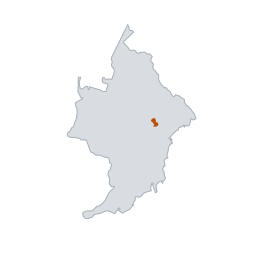 Neiva, Huila, Colombia (highlighted), rotated 197°
{"feature_id": "7082276B10918286355", "entity_name": "Neiva", "entity_type": "district", "adm_level": 2, "iso_a3": "COL", "parent_name": "Colombia", "parent_adm1": "Huila", "projection": "natural_earth1", "projection_center": [-75.303, 3.004], "detail": "fine", "context": "in_parent", "style": "filled", "palette": "amber", "viewbox_px": 256, "rotation_deg": 197, "n_neighbors": 0, "source": "geoboundaries", "source_scale": "gbopen_adm2", "svg_char_len": 5382}
<svg xmlns="http://www.w3.org/2000/svg" viewBox="0 0 256 256"><g transform="rotate(197 128 128)"><path d="M144.4,36.0L142.2,37.0L137.9,38.3L135.0,43.9L133.0,44.9L130.5,48.2L128.7,52.3L127.3,60.6L123.7,67.6L124.0,68.0L125.4,67.6L126.8,66.9L127.3,67.1L127.8,68.3L129.5,68.7L130.8,74.4L133.4,77.3L133.6,78.4L134.0,80.8L133.1,82.2L132.8,87.4L133.6,88.7L135.5,89.3L136.8,92.5L137.6,93.3L138.8,93.8L141.5,93.3L146.6,93.8L147.7,93.7L150.6,92.6L154.1,94.0L156.8,94.2L164.0,104.0L164.7,103.8L165.6,104.3L167.4,103.3L169.0,103.2L171.0,103.7L173.7,103.7L179.2,102.6L180.0,102.1L183.0,102.6L183.9,103.4L184.3,105.2L184.0,106.3L182.9,107.5L182.3,109.0L182.2,110.7L181.7,112.1L180.8,112.9L180.4,114.2L180.6,115.8L180.1,123.2L180.5,123.8L180.9,126.9L182.1,130.8L182.7,131.9L183.8,132.9L185.7,136.1L185.3,137.2L180.4,142.3L180.1,143.5L181.1,143.0L182.6,143.5L183.1,144.7L186.8,148.3L186.7,149.6L187.8,152.3L187.6,152.9L190.1,160.5L190.2,162.1L188.1,162.6L188.0,157.5L187.7,156.4L185.3,151.9L184.8,151.5L183.2,152.0L180.6,155.4L179.3,155.9L178.3,155.4L177.3,153.4L176.7,153.1L176.1,154.7L176.9,156.2L165.2,156.2L162.9,155.6L159.8,156.4L159.7,164.0L165.3,164.1L166.8,166.4L166.6,168.1L166.9,168.8L165.6,169.2L163.6,167.9L160.2,169.4L157.7,169.7L157.5,178.2L159.0,180.4L162.0,182.6L162.4,184.2L162.2,185.6L162.9,187.5L163.9,188.4L163.9,189.5L164.4,190.7L158.5,226.8L156.5,224.6L155.7,222.6L154.7,221.8L152.8,222.4L150.7,221.4L157.4,209.2L157.2,208.1L151.6,205.1L151.0,204.3L148.3,202.7L146.8,203.2L146.0,204.0L143.9,204.2L142.2,202.9L140.3,202.1L137.9,204.2L137.2,204.1L135.5,205.0L133.7,205.4L131.3,204.4L129.4,205.1L128.1,205.0L127.6,204.3L125.9,203.6L125.7,202.8L126.2,201.2L125.5,198.3L125.2,197.8L123.9,197.7L122.4,196.6L122.1,196.0L122.4,194.8L122.2,193.8L120.7,191.4L118.7,190.8L116.7,188.8L114.7,188.1L113.8,186.7L113.0,183.5L110.9,181.0L109.5,180.1L109.0,179.0L107.6,178.8L105.6,177.2L104.7,177.1L104.1,177.9L102.3,177.0L100.7,175.8L99.1,175.5L98.0,174.8L96.1,172.5L94.0,171.4L92.8,171.8L92.4,173.5L91.7,173.8L89.3,173.4L88.9,173.7L88.3,173.7L85.4,172.4L82.5,171.9L81.7,169.1L79.9,168.0L79.3,166.7L78.0,166.8L73.1,164.2L71.1,162.4L69.3,161.4L67.5,159.4L67.2,158.5L65.8,157.4L66.5,155.8L68.2,154.7L70.4,155.6L70.7,153.8L69.9,152.2L70.2,148.7L70.8,147.9L72.0,147.2L72.8,147.4L73.3,146.9L75.1,147.1L75.6,146.9L77.0,145.4L77.6,144.3L78.2,144.4L79.7,142.5L79.4,140.6L80.8,140.2L82.3,137.0L82.9,136.9L83.2,135.4L85.8,130.2L84.8,130.8L83.9,130.5L84.0,128.7L83.7,128.5L82.9,129.9L82.2,128.5L82.4,126.3L81.2,126.7L81.3,126.2L82.9,124.5L83.6,120.7L83.1,119.3L82.7,113.5L82.5,112.4L81.1,111.0L83.2,109.4L84.0,108.1L83.0,105.6L81.8,103.4L81.7,102.1L82.5,102.3L82.8,98.7L82.1,97.3L81.2,97.3L78.4,92.0L77.4,90.9L78.1,88.4L79.0,87.3L78.8,85.4L79.4,85.5L80.6,87.2L81.1,86.9L83.0,85.3L83.1,83.7L84.6,82.1L82.4,76.7L81.7,75.9L82.6,74.2L83.1,74.3L83.9,76.0L85.3,77.1L87.2,80.1L88.1,80.7L87.5,81.4L87.4,82.1L87.6,82.5L88.8,82.6L89.2,81.8L88.9,78.1L88.4,76.3L87.4,75.0L87.7,74.5L89.8,73.6L94.0,70.1L95.4,66.8L96.5,65.6L97.8,64.8L99.3,65.0L100.5,64.6L100.8,63.6L100.1,61.3L101.0,58.2L100.9,56.6L101.5,55.7L101.3,55.3L99.8,56.4L101.4,54.2L102.5,50.8L108.6,44.9L112.6,46.4L113.8,46.3L112.2,47.0L111.9,47.9L112.5,48.8L113.1,49.0L113.6,48.4L114.9,45.0L115.1,43.1L115.7,42.4L116.6,42.2L120.5,43.0L124.2,42.7L130.2,37.8L134.7,35.7L135.8,33.6L136.1,32.1L136.9,31.5L137.8,31.5L138.3,30.7L140.4,29.4L142.6,29.2L145.0,30.4L146.1,32.4L146.3,33.8L144.4,36.0ZM75.1,146.5L74.9,146.7L74.3,146.3L74.2,145.7L74.5,145.2L74.9,145.4L75.1,146.5Z" fill="#d9dde1" stroke="#a8b0b8" stroke-width="1"/><path d="M104.4,139.6L104.3,139.8L104.2,139.8L104.1,140.2L104.0,140.3L103.9,140.3L103.8,140.2L103.7,140.2L103.5,139.9L103.4,139.9L103.3,140.0L103.3,139.9L103.2,139.7L103.2,139.8L103.1,139.7L102.9,139.7L102.8,139.4L102.9,139.2L103.0,138.7L103.1,138.4L103.3,138.3L103.3,138.2L103.5,137.9L103.4,137.7L103.3,137.8L103.2,137.9L103.0,138.0L102.9,138.0L102.7,138.1L102.4,138.1L102.2,138.1L102.1,138.3L101.9,138.3L101.7,138.3L101.5,138.5L101.4,138.5L101.2,138.8L101.2,139.0L101.0,139.3L101.0,139.6L100.9,139.7L100.8,139.9L100.8,140.0L100.7,140.0L100.7,140.3L100.8,140.4L100.9,140.5L100.9,140.4L100.9,140.2L101.0,140.0L101.1,139.9L101.3,139.8L101.4,140.0L101.5,140.1L101.7,140.3L101.6,140.5L101.8,140.6L102.0,140.6L102.2,140.8L102.3,140.8L102.3,140.7L102.5,140.5L102.5,140.4L102.5,140.2L102.6,139.9L102.7,140.0L102.8,140.0L102.9,140.3L103.0,140.4L103.0,140.5L103.1,140.4L103.1,140.5L103.3,140.5L103.5,140.6L103.6,140.9L103.6,141.0L103.8,141.4L103.9,141.5L103.9,141.8L104.0,142.0L104.0,142.3L104.0,142.6L104.3,142.7L104.4,142.8L104.5,142.7L104.5,142.8L104.6,142.7L104.8,142.7L104.9,142.8L105.0,143.0L105.2,143.3L105.3,143.3L105.3,143.5L105.4,143.8L105.5,143.9L105.6,144.0L105.5,144.3L105.8,144.3L105.9,144.2L106.0,144.2L106.1,144.3L106.2,144.2L106.3,144.1L106.4,143.9L106.5,143.8L106.5,143.7L106.8,143.4L106.8,143.2L107.0,143.0L107.1,142.9L107.1,142.7L107.3,142.7L107.5,142.5L107.5,142.4L107.4,142.2L107.4,142.3L107.3,142.1L107.3,141.9L107.2,141.9L106.9,141.8L106.7,141.8L106.7,141.7L106.7,141.8L106.7,141.7L106.4,141.7L106.2,141.7L106.1,141.8L106.1,141.7L106.1,141.8L106.0,141.7L106.0,141.8L106.0,141.7L105.9,141.6L105.9,141.4L105.8,141.2L105.7,141.1L105.4,141.1L105.2,141.1L104.9,140.9L104.8,140.7L104.7,140.7L104.6,140.4L104.6,140.2L104.4,140.1L104.3,139.9L104.4,139.7L104.4,139.6Z" fill="#f59e0b" stroke="#b45309" stroke-width="1.5"/></g></svg>